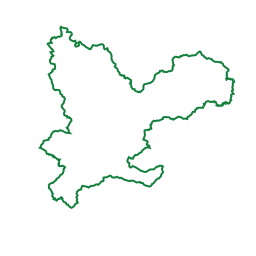 Mueang Chiang Rai, Chiang Rai, Thailand, rotated 282°
{"feature_id": "78962969B25429486303013", "entity_name": "Mueang Chiang Rai", "entity_type": "district", "adm_level": 2, "iso_a3": "THA", "parent_name": "Thailand", "parent_adm1": "Chiang Rai", "projection": "natural_earth1", "projection_center": [99.821, 19.878], "detail": "fine", "context": "isolated", "style": "outline", "palette": "green", "viewbox_px": 256, "rotation_deg": 282, "n_neighbors": 0, "source": "geoboundaries", "source_scale": "gbopen_adm2", "svg_char_len": 5768}
<svg xmlns="http://www.w3.org/2000/svg" viewBox="0 0 256 256"><g transform="rotate(282 128 128)"><path d="M38.2,89.4L40.2,91.4L42.7,92.2L44.3,94.4L45.1,94.2L45.9,92.9L48.0,93.1L49.5,91.9L51.6,92.7L52.7,91.5L54.6,91.2L57.1,92.7L58.1,95.0L60.2,94.9L62.0,95.5L62.0,100.7L61.5,101.7L63.5,103.7L64.6,106.9L65.9,108.1L66.5,109.5L66.3,110.8L70.5,113.4L70.8,114.8L72.0,115.0L73.9,114.3L74.7,114.8L75.3,117.4L77.6,120.1L77.6,121.2L76.4,122.9L76.6,125.0L78.0,127.2L77.3,129.8L77.9,131.6L76.8,134.6L76.3,140.1L76.5,141.1L77.1,141.5L77.5,144.4L76.5,147.7L77.7,151.2L76.9,152.0L77.2,154.1L76.0,155.1L75.4,157.2L75.2,161.5L76.8,162.9L78.0,163.0L78.8,164.1L83.5,166.6L85.0,168.0L85.1,168.8L87.5,170.1L89.9,170.4L92.0,171.5L95.1,169.7L97.7,170.1L98.1,168.3L97.3,166.1L96.8,166.0L96.0,164.0L93.0,162.0L92.0,158.2L88.8,154.8L88.5,152.9L88.9,149.4L90.8,144.6L91.8,140.6L89.9,138.9L90.2,137.8L90.9,137.2L94.1,136.5L94.4,135.0L96.2,134.1L99.5,134.9L99.1,135.5L99.3,136.8L98.7,137.4L99.1,139.3L100.7,139.3L101.6,140.1L103.0,140.5L103.6,142.7L106.4,144.9L107.0,146.2L108.8,146.5L112.1,149.2L113.3,151.2L113.1,153.4L115.1,152.4L115.5,150.0L116.2,149.6L118.1,150.3L118.8,149.8L119.3,149.1L119.9,145.4L124.3,146.1L128.7,144.7L129.2,145.0L130.5,147.8L130.2,148.7L132.0,150.0L132.1,150.9L132.8,150.8L133.9,149.8L135.2,149.9L135.8,149.4L136.1,150.1L138.0,150.1L140.4,151.5L140.6,153.7L141.2,154.5L141.6,156.6L144.1,160.2L145.4,160.0L146.4,161.6L147.0,166.1L145.8,167.7L146.3,170.0L145.6,170.6L149.6,175.0L149.6,177.7L148.5,180.0L149.2,182.4L149.1,184.1L151.2,184.0L152.1,185.4L153.8,186.4L154.1,187.1L157.2,188.0L157.8,190.1L159.9,190.0L161.0,191.4L161.9,191.4L162.7,193.6L163.3,197.0L164.0,196.8L165.8,198.0L167.4,197.2L167.6,198.2L169.8,198.8L171.0,200.7L170.6,203.2L171.2,204.7L171.1,206.3L171.6,206.9L171.5,207.7L171.9,207.4L171.8,208.3L169.1,210.3L168.5,210.0L168.3,211.7L169.1,212.0L168.9,214.0L169.3,214.2L169.1,214.6L169.7,215.6L170.1,215.2L170.5,215.9L171.1,215.7L171.7,216.8L172.3,216.9L172.4,216.4L173.2,217.5L173.0,218.6L172.2,218.8L172.8,219.8L173.4,219.5L172.8,221.4L173.9,222.3L175.6,222.4L176.7,223.2L177.5,222.3L180.2,222.6L181.7,222.0L182.9,222.9L183.3,224.1L185.6,222.0L186.2,221.9L187.0,222.8L189.9,221.5L190.8,221.8L194.3,221.1L195.0,222.2L196.5,221.5L196.5,221.2L196.9,220.7L196.5,220.6L197.4,219.5L197.0,217.9L197.4,217.3L197.2,216.4L197.0,216.6L197.1,215.6L195.8,214.3L196.8,213.7L197.7,214.6L198.4,214.5L199.8,213.5L200.9,213.8L202.0,213.1L204.2,213.6L205.0,214.4L205.9,214.2L206.7,213.3L207.8,210.3L209.2,208.2L210.6,207.4L211.2,205.7L211.8,205.3L211.2,204.1L211.4,202.2L210.8,199.4L211.8,196.4L212.6,195.9L213.1,192.5L212.0,190.6L213.1,189.2L213.3,187.7L214.5,186.8L215.0,184.9L217.1,183.6L217.8,182.3L215.9,180.5L213.9,179.4L212.8,177.8L212.5,176.1L210.8,172.5L211.9,170.1L211.2,169.1L210.8,167.0L209.4,165.6L209.5,164.7L207.8,163.8L207.5,159.3L205.8,157.8L204.2,157.3L199.4,159.2L199.2,159.7L198.4,159.1L197.9,159.5L197.1,158.9L195.1,159.5L193.0,158.8L192.4,157.8L192.2,156.3L190.7,154.3L190.4,150.8L191.1,150.5L191.3,149.7L190.4,147.3L189.0,147.3L187.2,144.8L185.1,143.3L181.7,143.5L178.9,142.4L176.9,140.7L174.1,134.8L172.0,134.3L170.5,134.9L168.9,134.8L165.7,132.6L165.7,131.7L166.4,130.8L165.5,131.2L165.2,130.9L165.9,127.4L166.5,126.6L167.3,126.4L167.0,124.8L168.3,123.1L170.6,122.1L171.6,121.0L171.8,121.4L172.9,120.9L173.2,121.5L175.5,120.9L177.0,116.8L175.9,115.2L176.3,114.1L177.0,114.3L178.4,113.5L177.9,112.6L178.5,111.4L178.0,110.7L178.6,108.8L180.4,108.1L181.5,106.4L183.8,105.2L185.2,102.3L186.5,102.8L187.9,102.5L188.7,100.4L190.0,98.9L192.4,97.4L195.1,97.0L196.9,96.0L198.2,94.9L199.3,92.3L201.7,91.4L201.6,90.8L200.3,89.7L200.2,88.8L201.3,87.8L203.7,87.1L204.5,85.9L204.5,84.7L201.9,80.1L201.7,76.5L197.5,75.0L197.1,74.2L198.6,69.9L200.0,67.3L200.2,65.7L202.0,64.0L202.4,62.8L201.4,61.7L199.3,62.8L198.4,62.8L197.0,61.0L197.0,59.9L197.5,59.1L198.7,59.0L200.3,60.1L200.7,59.0L202.4,58.3L201.4,56.2L202.3,53.4L203.2,52.4L205.1,52.3L207.7,53.7L209.5,52.8L209.8,51.9L209.2,48.4L211.5,48.6L212.6,47.6L212.5,42.6L213.1,41.4L212.8,41.2L211.4,41.1L207.9,43.1L206.3,43.1L206.1,43.8L204.1,43.7L203.0,42.1L203.0,41.1L202.2,39.8L200.8,38.7L201.7,37.2L200.5,36.0L200.5,35.0L199.1,34.9L198.7,34.2L197.0,34.3L196.1,34.7L196.2,35.1L195.4,35.7L194.3,32.5L193.5,31.9L189.8,36.3L189.2,37.8L187.4,39.1L186.1,36.5L184.0,38.5L183.3,40.0L182.7,39.8L181.6,38.2L179.9,38.5L178.4,37.5L176.5,38.0L175.1,39.1L175.1,43.1L172.3,44.1L170.4,44.1L169.6,42.3L168.5,42.0L167.6,42.5L164.0,39.3L160.2,41.9L159.1,43.2L156.3,44.2L154.2,45.8L150.9,46.8L149.8,48.6L150.6,50.9L150.7,52.8L149.6,53.9L147.2,54.9L146.7,56.6L145.2,57.3L145.0,58.8L143.5,60.2L138.7,59.8L137.2,58.8L134.9,58.7L131.8,62.5L130.8,62.7L129.0,62.2L127.1,63.3L127.1,66.0L125.8,66.4L126.2,66.9L125.7,68.2L126.2,68.6L124.9,70.6L123.2,71.2L121.8,70.3L116.6,68.9L115.4,68.0L114.1,70.2L111.6,71.0L110.9,72.1L110.5,67.8L111.6,64.6L111.7,61.9L110.3,60.5L110.0,57.5L108.8,55.6L105.8,54.3L102.8,54.1L101.5,52.5L100.0,52.8L97.9,48.2L95.1,48.0L93.5,46.7L91.7,46.6L90.4,45.9L90.4,47.0L89.8,48.0L88.9,51.4L87.8,52.8L85.8,54.0L86.2,55.8L85.4,56.5L86.1,57.6L85.2,59.4L85.6,59.8L85.5,60.8L84.5,60.7L83.9,61.2L84.4,62.3L82.5,65.9L82.9,66.4L82.3,66.8L82.7,67.8L81.4,67.4L79.0,67.9L78.3,67.4L77.5,68.3L76.6,68.1L76.5,69.7L77.5,72.0L76.9,74.1L76.3,74.6L74.4,73.5L73.2,74.0L70.0,73.6L68.8,72.9L68.3,71.8L65.4,70.7L63.2,68.6L62.1,68.6L61.5,67.8L60.1,67.1L59.4,66.1L58.7,65.9L58.1,64.4L56.5,62.7L55.6,62.5L52.7,63.2L51.8,64.9L49.7,66.8L48.8,67.0L48.3,68.1L45.6,68.0L44.4,69.8L42.9,69.9L42.8,70.6L43.7,71.4L42.6,72.2L42.3,73.0L42.9,72.9L42.8,73.7L43.9,74.4L44.6,75.3L44.5,76.0L45.6,77.2L46.2,77.0L46.3,77.7L45.4,78.6L44.7,78.4L42.3,80.6L42.0,82.7L40.4,83.9L40.6,85.1L38.9,87.1L38.2,89.4Z" fill="none" stroke="#15803d" stroke-width="2"/></g></svg>